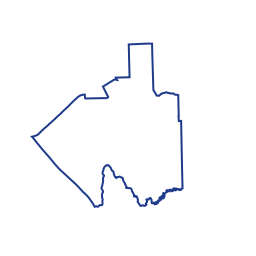 outline of Escobar, Buenos Aires, Argentina, rotated 211°
{"feature_id": "61730980B31258778220086", "entity_name": "Escobar", "entity_type": "district", "adm_level": 2, "iso_a3": "ARG", "parent_name": "Argentina", "parent_adm1": "Buenos Aires", "projection": "orthographic", "projection_center": [-58.819, -34.343], "detail": "fine", "context": "isolated", "style": "outline", "palette": "blue", "viewbox_px": 256, "rotation_deg": 211, "n_neighbors": 0, "source": "geoboundaries", "source_scale": "gbopen_adm2", "svg_char_len": 5387}
<svg xmlns="http://www.w3.org/2000/svg" viewBox="0 0 256 256"><g transform="rotate(211 128 128)"><path d="M205.8,71.1L203.9,70.5L199.9,69.0L190.3,65.5L185.5,64.0L179.6,62.1L171.8,59.3L166.9,57.8L164.6,57.2L148.1,53.8L142.8,52.7L142.4,52.5L140.6,52.1L133.9,50.1L132.7,49.8L131.5,49.7L127.9,48.8L125.4,47.9L119.6,45.4L116.6,43.7L116.0,43.3L115.0,44.5L114.6,44.6L113.6,44.8L113.3,45.0L113.0,45.4L112.7,46.5L112.6,47.1L112.4,47.4L112.0,47.6L111.1,48.1L110.7,48.6L110.5,48.9L110.6,49.4L111.0,50.2L112.3,52.2L112.9,53.6L113.7,54.6L114.1,54.8L114.6,55.3L115.7,57.1L116.2,58.3L116.4,58.7L116.4,60.1L116.6,60.6L116.8,60.9L117.5,61.4L118.8,62.0L119.7,62.7L119.9,63.0L120.0,63.4L120.4,65.3L121.8,69.3L122.6,70.7L123.4,71.7L123.7,72.3L123.9,74.6L124.1,74.9L124.4,75.1L125.1,75.2L125.9,75.5L126.5,76.1L126.8,76.7L127.0,77.1L127.2,78.7L127.9,80.5L128.1,82.1L128.1,82.5L128.0,82.9L127.2,85.2L126.9,85.4L126.0,85.5L125.8,85.7L125.5,86.0L125.1,86.0L124.4,85.8L123.3,85.3L122.3,85.0L121.2,84.1L119.6,83.2L119.2,83.2L118.3,83.3L118.0,83.1L117.6,82.6L117.1,82.2L116.6,81.4L115.9,80.9L115.1,80.2L114.8,80.0L113.9,79.4L113.2,79.4L112.5,79.0L112.3,79.0L112.2,79.2L112.3,80.1L112.2,80.3L111.6,80.5L111.4,80.7L110.7,81.3L110.4,81.8L110.1,82.1L109.3,82.1L108.5,82.0L108.1,82.1L107.8,82.4L107.5,82.5L107.3,82.5L106.7,82.2L106.0,81.7L105.8,81.5L105.7,81.1L104.6,80.2L103.5,79.7L102.6,79.2L102.3,79.1L101.9,78.8L101.4,78.2L101.1,78.1L100.9,78.0L100.3,77.6L99.8,77.3L99.1,76.6L98.8,76.5L98.5,76.6L98.3,76.5L98.7,76.0L98.7,75.8L98.6,75.7L98.1,75.9L97.8,76.4L97.4,76.6L97.0,76.7L96.6,76.7L96.2,77.0L95.9,77.2L95.4,77.4L95.2,77.5L94.6,77.6L93.9,77.5L93.3,77.2L91.9,75.8L91.1,75.4L90.6,75.3L90.3,75.1L89.7,74.5L88.6,74.1L88.4,73.9L88.2,73.6L88.2,73.3L87.7,72.8L87.6,72.6L87.5,72.4L87.3,72.4L87.2,72.5L87.2,73.1L86.9,73.4L86.5,73.6L86.2,73.6L85.8,73.2L85.6,73.3L85.5,73.6L85.4,73.8L85.2,73.8L85.1,73.7L84.7,73.3L83.7,72.7L83.3,72.3L83.2,72.1L82.3,71.4L82.0,70.5L81.7,70.0L81.7,69.7L80.0,69.0L79.3,68.6L78.6,68.5L78.1,67.9L77.8,67.8L76.6,68.0L75.8,69.1L75.5,69.4L75.1,69.5L74.3,69.5L73.9,69.6L72.9,71.0L72.7,71.5L72.8,71.9L73.6,72.2L73.8,72.4L73.8,72.6L73.8,73.5L73.6,74.1L73.7,74.4L74.0,75.0L74.6,75.6L74.9,75.7L75.3,76.0L75.3,76.3L75.3,76.5L75.2,76.6L74.5,76.9L73.8,77.1L73.6,77.2L73.5,77.3L73.4,77.6L73.5,78.1L73.3,79.2L73.1,79.4L72.6,79.5L72.4,79.4L71.3,78.9L70.9,78.6L70.4,77.9L69.8,77.0L69.3,76.5L69.0,75.9L68.5,76.0L68.3,76.1L68.2,76.7L68.0,77.0L67.7,77.1L67.1,77.1L66.8,77.0L66.4,76.5L66.0,76.3L65.9,76.4L65.8,76.6L65.8,77.0L66.4,77.7L66.3,78.1L65.9,78.0L65.5,77.5L64.9,77.2L64.6,77.2L64.4,77.4L64.5,77.7L65.3,78.7L65.4,79.1L65.4,79.3L65.3,79.5L65.0,79.5L64.2,79.3L63.9,79.3L63.7,79.5L64.0,80.0L64.5,80.2L64.8,80.6L64.9,80.9L64.8,81.6L64.6,81.8L64.4,81.7L64.0,81.5L63.9,81.5L63.6,81.7L63.4,82.4L62.7,83.7L62.6,84.0L62.8,84.2L63.2,84.3L63.5,84.4L64.8,84.0L65.0,84.1L65.1,84.3L65.1,84.6L64.9,84.9L64.6,85.2L64.3,85.3L63.3,85.5L63.1,85.6L62.9,85.8L63.0,86.2L63.2,86.3L63.6,86.4L64.0,86.3L64.1,86.5L63.9,87.3L63.5,87.6L62.8,87.7L62.5,87.7L62.4,87.4L62.6,86.8L62.5,86.4L62.2,86.0L61.7,85.9L61.4,86.1L61.3,86.4L61.3,86.7L61.8,87.4L61.4,88.0L61.5,88.3L61.7,88.5L62.2,88.6L62.2,89.4L62.3,89.7L62.5,89.9L63.3,89.2L63.5,89.2L64.0,89.6L64.2,89.9L64.3,90.2L64.1,90.5L63.4,90.2L63.0,90.5L62.7,91.0L62.4,91.4L62.2,92.5L61.7,93.0L61.7,93.4L62.0,93.4L62.5,93.4L62.6,93.5L62.8,94.2L62.7,94.6L62.4,94.9L61.8,95.2L61.6,95.2L61.3,95.1L61.1,94.9L60.9,94.8L60.8,95.0L60.9,95.6L60.7,95.7L60.3,95.4L60.0,95.3L60.0,95.6L60.3,96.0L60.4,96.3L60.4,96.6L60.3,96.8L60.1,96.9L59.8,96.9L59.0,96.6L58.5,96.5L58.1,96.2L57.8,96.3L57.6,96.7L57.2,97.2L57.2,97.5L57.5,97.6L58.1,97.6L58.2,97.9L58.0,98.1L57.7,98.2L57.6,98.4L57.9,99.5L57.8,99.8L57.7,99.9L57.4,100.0L57.2,99.6L56.7,99.4L56.7,99.1L56.7,98.7L56.4,98.5L56.2,98.7L55.9,99.0L55.7,99.1L55.3,99.0L55.0,99.1L54.9,99.3L54.8,99.6L54.9,99.8L55.6,100.0L55.8,100.6L55.7,100.9L55.3,101.0L54.7,101.0L54.3,101.2L54.1,101.1L53.9,101.1L53.9,101.3L53.6,101.5L53.1,101.6L52.9,101.6L52.3,101.3L52.0,101.2L51.8,101.4L51.7,101.7L51.9,102.2L51.7,102.3L51.5,102.0L51.2,101.9L51.0,102.0L50.6,102.4L50.6,102.6L50.7,102.8L50.9,103.3L50.5,104.2L50.2,104.4L64.0,126.2L86.1,161.4L88.0,160.1L89.4,162.3L90.6,163.7L90.4,163.9L101.9,182.1L102.3,181.9L103.0,181.7L104.3,181.2L104.5,181.1L104.9,180.7L106.1,180.9L106.5,181.0L107.0,180.9L107.8,180.5L108.2,180.0L109.7,179.4L110.3,179.3L110.6,179.0L111.3,179.0L111.5,178.9L111.7,178.7L112.0,178.7L112.6,178.4L113.3,178.5L113.6,178.3L114.0,177.9L114.4,177.4L115.7,176.1L116.0,176.0L116.7,175.1L116.9,174.8L116.8,174.7L117.2,174.1L117.6,172.9L117.8,171.8L117.9,171.7L118.4,171.6L119.0,171.2L119.2,170.9L119.4,170.7L119.5,170.5L119.2,170.2L122.2,171.7L123.1,172.3L125.8,173.6L146.1,205.2L150.8,212.7L154.2,210.7L158.4,208.0L170.4,200.0L152.8,172.3L164.4,164.9L163.1,164.0L162.1,163.5L162.3,163.4L163.3,163.3L163.8,163.0L164.4,162.7L164.9,162.1L170.8,150.6L160.9,144.3L161.3,143.2L161.9,142.5L162.2,142.2L165.8,140.1L179.8,131.3L180.6,132.0L181.7,133.6L182.1,134.2L182.4,134.4L183.8,133.2L184.7,132.4L185.4,131.6L185.6,131.3L186.4,130.0L187.2,127.8L188.4,123.6L189.5,119.6L190.0,117.2L190.4,115.9L190.6,115.0L192.4,108.7L192.9,106.4L194.0,102.8L194.5,101.1L194.9,99.8L195.6,97.1L197.1,92.2L197.7,90.8L197.8,89.6L198.2,88.6L198.9,86.3L199.6,84.4L200.6,80.7L201.3,77.9L202.0,75.7L202.2,75.1L202.6,74.6L205.1,71.7L205.8,71.1Z" fill="none" stroke="#1e3a8a" stroke-width="2"/></g></svg>